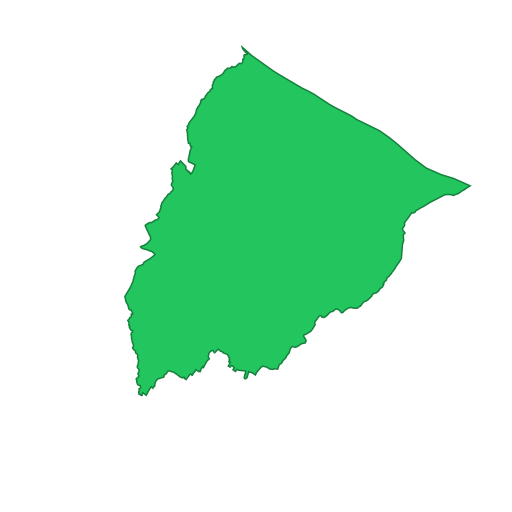 Kota Mataram, Nusa Tenggara Barat, Indonesia, rotated 125°
{"feature_id": "22746128B34810169298981", "entity_name": "Kota Mataram", "entity_type": "district", "adm_level": 2, "iso_a3": "IDN", "parent_name": "Indonesia", "parent_adm1": "Nusa Tenggara Barat", "projection": "albers", "projection_center": [116.126, -8.589], "detail": "fine", "context": "isolated", "style": "filled", "palette": "green", "viewbox_px": 512, "rotation_deg": 125, "n_neighbors": 0, "source": "geoboundaries", "source_scale": "gbopen_adm2", "svg_char_len": 6120}
<svg xmlns="http://www.w3.org/2000/svg" viewBox="0 0 512 512"><g transform="rotate(125 256 256)"><path d="M92.9,387.0L93.8,385.9L94.2,384.8L95.0,381.8L95.3,379.0L95.9,379.0L96.4,379.3L98.0,381.0L99.2,380.5L99.5,379.9L100.3,379.4L101.6,379.4L102.3,379.7L102.9,379.4L104.4,378.3L105.6,378.0L106.4,378.2L107.1,378.8L107.3,379.6L108.1,380.3L110.7,380.9L112.7,381.1L113.4,382.2L114.3,382.6L114.5,384.4L117.0,384.9L118.5,387.0L119.0,387.3L120.3,387.3L121.8,387.9L124.8,387.7L127.0,387.9L130.1,389.5L132.3,391.0L133.5,390.7L135.1,391.2L135.7,391.1L136.5,390.5L137.4,391.0L140.2,389.6L141.1,389.8L143.8,387.7L144.3,387.9L144.1,389.0L144.3,388.2L146.3,388.7L146.7,388.7L147.2,388.1L149.8,389.0L152.0,389.1L153.3,388.9L153.7,389.2L156.2,388.5L157.6,389.3L158.7,389.5L158.8,390.3L159.1,390.5L160.4,390.0L161.0,390.2L162.0,389.4L162.8,389.1L163.3,389.0L164.0,389.3L165.1,388.8L165.8,389.0L166.4,388.8L167.4,389.2L168.2,388.7L169.8,388.9L173.1,387.4L174.0,387.4L174.3,387.0L177.9,386.8L184.9,387.2L186.6,386.9L187.0,386.5L189.5,386.7L190.0,385.4L191.5,385.0L192.2,385.2L195.1,382.3L199.0,379.3L200.6,377.9L201.1,376.9L202.4,376.1L202.1,374.9L201.7,374.6L203.6,372.7L203.9,371.8L203.4,371.8L203.4,371.2L207.5,370.4L209.1,369.7L209.7,369.2L210.4,369.1L216.1,366.6L217.4,365.4L216.2,358.1L221.2,356.7L224.0,356.2L226.4,356.4L225.8,358.3L225.4,358.3L225.4,359.1L225.8,359.3L225.1,361.1L225.5,361.8L225.2,363.1L222.9,364.8L221.4,372.5L225.7,372.3L225.5,374.7L230.4,374.9L233.4,375.6L233.4,374.1L234.1,373.4L236.1,372.7L239.0,369.9L240.9,368.9L242.6,366.9L244.9,366.7L246.2,366.2L246.6,365.8L247.7,362.7L249.1,362.2L250.6,361.9L251.2,361.9L252.4,362.5L254.3,362.3L255.3,363.1L256.5,363.4L257.7,363.4L258.9,363.1L260.9,363.7L264.1,363.4L266.2,363.6L270.1,362.4L270.6,361.6L272.6,361.3L273.8,360.8L275.8,360.5L279.3,361.2L279.8,358.2L280.4,357.4L280.6,357.4L282.9,357.8L284.3,359.1L288.6,360.7L289.0,361.7L290.0,362.6L293.2,364.0L294.2,364.3L294.7,364.2L297.0,360.5L301.0,353.3L301.8,352.5L303.3,351.8L308.5,352.5L312.2,354.2L313.3,355.3L314.8,355.8L315.1,353.7L313.3,348.5L312.9,346.3L312.1,344.2L312.4,340.5L312.8,339.5L318.8,341.2L324.8,344.0L326.2,344.2L327.1,343.6L327.8,343.8L331.6,346.3L332.9,346.7L337.3,346.5L338.1,346.1L339.3,344.9L343.1,344.0L343.7,343.4L346.0,342.9L347.0,342.3L353.4,341.0L364.4,340.2L368.1,336.2L369.6,332.9L372.4,329.6L372.6,328.7L371.8,327.1L372.4,326.6L373.2,324.9L374.0,323.9L374.5,323.6L375.1,324.8L377.7,323.2L378.9,324.1L380.6,323.7L382.2,324.1L382.5,324.0L382.6,323.3L383.1,322.2L384.0,321.4L385.5,320.6L385.8,320.0L385.6,319.4L385.8,319.1L386.9,319.0L387.3,318.6L387.6,317.5L388.1,317.1L388.4,315.7L388.0,314.4L388.3,313.8L388.8,313.6L390.1,314.0L391.8,313.5L393.4,311.7L394.9,310.7L396.2,309.0L397.4,308.1L399.1,305.3L399.5,304.9L402.0,304.5L402.8,302.9L403.0,300.2L404.5,298.9L404.4,297.4L405.0,295.9L405.6,295.8L407.4,294.6L408.9,292.3L409.6,291.9L411.9,290.7L414.9,289.8L415.6,288.7L416.1,286.7L416.7,285.8L419.0,285.6L419.2,285.3L420.7,284.8L420.9,283.9L421.3,283.2L422.0,282.9L425.4,283.7L426.3,282.4L427.2,281.7L428.9,279.8L429.3,278.7L428.5,276.4L430.2,274.9L432.0,275.6L433.2,274.3L434.2,274.3L435.3,273.6L435.5,272.8L436.3,272.6L435.8,269.5L435.5,269.4L434.0,270.1L432.9,270.3L433.1,266.0L426.9,266.8L423.0,266.7L423.4,264.6L422.4,264.9L420.7,264.3L418.9,265.4L417.2,266.0L415.7,266.2L412.9,265.9L412.3,265.6L411.5,264.5L410.8,264.4L408.5,262.2L407.6,262.1L406.5,263.0L403.6,261.9L402.1,262.2L401.2,262.1L399.8,261.2L399.4,260.3L399.4,259.1L398.7,257.8L398.4,256.3L398.4,250.1L398.7,249.6L398.0,246.3L396.5,245.6L396.5,244.9L397.4,244.3L397.3,242.4L392.9,242.3L390.2,242.0L390.1,241.3L390.4,239.9L390.1,239.7L388.8,240.0L385.2,239.8L383.6,240.1L383.5,236.4L382.9,236.3L382.7,235.4L380.9,236.0L378.1,236.3L377.3,236.2L377.8,235.2L377.6,235.0L373.7,235.6L369.6,235.9L367.1,235.2L365.9,237.4L362.6,238.7L361.6,238.7L360.1,238.5L358.6,237.7L358.0,237.1L359.1,234.6L358.5,234.2L354.1,233.7L354.3,230.3L353.7,228.9L353.7,228.4L354.2,227.7L353.0,222.8L355.4,218.6L356.5,218.4L356.9,217.8L358.2,217.6L358.2,217.3L357.9,217.1L357.8,216.1L362.1,215.5L361.9,213.5L359.7,213.1L359.7,209.9L362.4,209.6L362.4,206.6L360.1,206.7L359.1,203.8L356.1,198.5L357.9,197.4L359.2,197.3L362.6,195.8L362.9,194.4L361.8,193.7L360.4,193.7L354.9,195.6L354.6,193.9L354.1,193.3L353.8,191.6L353.8,188.2L351.0,188.8L345.5,188.2L342.5,187.5L340.9,183.7L340.7,180.0L339.3,177.2L337.6,176.0L336.2,173.3L331.6,174.7L330.3,174.0L328.3,173.6L326.3,173.9L322.4,173.2L319.8,173.6L316.4,173.3L311.7,174.8L309.7,174.4L308.8,173.7L308.5,171.6L307.1,170.5L305.9,170.1L304.9,169.4L303.2,169.1L301.6,168.2L300.0,166.8L299.1,166.4L299.1,165.9L296.7,166.3L295.7,167.8L294.6,170.7L293.0,171.6L291.5,170.2L286.3,168.0L283.6,167.8L278.2,168.2L277.2,169.6L275.8,170.0L273.3,169.8L270.4,169.9L268.2,169.4L267.7,168.1L267.8,167.2L268.2,166.9L267.9,166.7L267.7,165.5L267.0,165.1L266.9,164.7L263.6,163.6L261.8,163.5L259.1,162.9L257.2,161.2L254.7,160.7L253.7,160.2L252.7,158.7L252.8,157.6L252.6,156.8L253.0,154.6L253.5,153.9L253.4,153.3L252.8,152.7L251.6,152.3L250.1,152.3L245.3,150.4L243.7,148.6L242.6,145.9L240.9,143.3L239.4,142.6L238.3,142.5L237.2,141.7L232.8,141.6L231.9,141.4L231.3,141.2L229.3,139.6L228.6,139.7L228.0,139.2L222.8,138.2L221.2,138.5L219.5,138.2L218.8,137.8L217.3,136.3L215.9,136.1L214.9,135.5L211.5,135.6L209.0,134.6L205.6,135.2L205.7,135.8L203.7,136.0L201.0,135.3L198.6,136.2L196.3,135.3L194.1,135.3L192.7,135.0L191.8,135.2L186.4,135.0L184.5,135.3L178.8,135.2L174.5,135.6L162.4,142.7L158.8,143.8L154.7,147.1L154.0,147.4L152.5,147.3L152.0,147.0L151.5,147.4L150.7,150.6L149.6,151.7L147.0,151.7L145.7,151.9L144.5,152.6L143.6,153.4L135.4,153.2L131.3,153.3L131.3,152.9L130.4,151.6L128.6,150.9L126.8,150.9L125.0,149.9L122.7,149.0L119.3,147.2L111.9,144.0L97.4,136.4L95.0,133.3L93.9,131.4L93.2,129.0L90.8,127.6L89.1,126.2L84.4,124.5L81.1,122.9L80.9,123.1L75.7,120.8L79.1,138.5L83.0,150.5L86.3,166.8L85.9,181.0L83.3,204.1L82.6,213.9L82.5,226.5L86.5,252.0L86.4,256.4L86.7,259.6L89.1,276.6L89.7,283.1L90.2,300.7L90.8,306.5L92.1,314.9L94.2,342.1L94.5,348.1L94.3,374.0L92.9,387.0Z" fill="#22c55e" stroke="#15803d" stroke-width="1.5"/></g></svg>